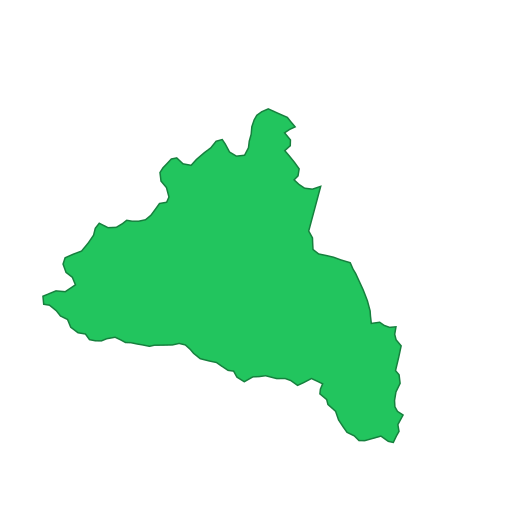 the district of Pontes Gestal, São Paulo, Brazil, rotated 288°
{"feature_id": "56859067B2303319496016", "entity_name": "Pontes Gestal", "entity_type": "district", "adm_level": 2, "iso_a3": "BRA", "parent_name": "Brazil", "parent_adm1": "São Paulo", "projection": "albers", "projection_center": [-49.756, -20.178], "detail": "fine", "context": "isolated", "style": "filled", "palette": "green", "viewbox_px": 512, "rotation_deg": 288, "n_neighbors": 0, "source": "geoboundaries", "source_scale": "gbopen_adm2", "svg_char_len": 2156}
<svg xmlns="http://www.w3.org/2000/svg" viewBox="0 0 512 512"><g transform="rotate(288 256 256)"><path d="M342.2,296.0L337.0,289.0L335.5,281.2L337.4,274.6L340.2,268.7L345.2,271.2L352.2,270.1L356.9,263.7L361.6,256.5L365.1,250.8L371.5,254.5L377.0,252.9L382.0,245.1L386.8,248.9L390.9,253.3L394.5,247.5L397.5,243.0L398.5,233.0L399.7,222.2L395.0,216.9L390.1,213.3L384.9,212.2L377.6,212.1L370.3,213.8L363.2,214.1L356.6,215.4L348.3,214.0L344.9,206.5L346.7,198.7L353.0,192.1L356.3,187.9L352.8,182.6L344.9,179.6L338.4,175.0L329.4,169.5L322.2,166.3L321.1,158.1L324.8,150.3L322.1,145.5L316.1,142.7L311.2,140.3L305.7,138.9L297.9,142.5L293.4,149.7L285.2,155.0L279.5,154.4L276.1,148.0L270.1,146.1L262.3,143.5L256.3,139.7L252.8,133.6L250.8,127.4L250.0,122.0L245.6,119.1L240.1,114.3L237.2,106.5L238.7,96.8L232.7,94.6L225.6,95.1L216.7,92.5L206.8,88.6L201.3,81.7L195.3,75.0L188.7,75.0L181.7,80.4L179.0,87.9L172.8,93.2L163.1,85.6L161.0,76.5L151.9,65.8L144.5,69.0L145.4,74.8L142.2,83.1L138.5,88.6L137.4,96.4L131.0,101.8L128.0,110.4L129.1,117.9L125.0,123.5L125.7,129.3L127.5,135.2L131.2,139.6L135.2,147.1L134.4,153.3L133.4,158.6L134.9,163.8L135.6,170.3L136.4,175.6L137.2,182.6L139.8,187.0L142.2,194.2L145.6,204.0L149.1,209.9L149.6,216.3L146.9,222.3L144.1,226.8L141.1,234.7L141.7,243.8L142.5,251.3L140.6,257.5L138.6,264.8L139.6,270.3L134.9,275.3L132.8,283.7L140.1,290.4L142.3,296.3L145.1,302.1L145.8,313.5L148.5,321.6L148.3,327.6L145.8,335.5L150.1,340.2L156.6,346.6L155.8,353.4L155.0,358.9L149.3,358.4L144.6,359.4L141.3,367.6L137.0,370.3L132.9,379.7L125.6,385.2L120.1,392.1L116.4,397.1L115.3,405.1L112.3,411.0L114.0,416.5L123.3,430.4L120.6,439.1L121.1,444.2L128.5,445.2L133.4,446.2L139.5,443.0L150.2,445.0L151.9,438.6L155.5,434.7L161.4,432.4L170.0,431.1L179.4,432.4L187.2,428.8L190.1,424.1L203.9,423.0L215.4,421.8L219.6,415.1L224.4,412.1L231.9,411.0L229.4,405.1L229.6,399.3L231.2,394.1L227.5,386.5L234.3,383.4L239.0,381.5L247.8,375.8L253.1,371.5L257.0,368.3L263.5,362.3L270.1,356.2L273.5,352.3L278.7,347.7L278.5,337.7L278.8,330.2L278.2,323.0L277.3,314.9L279.8,308.2L285.8,305.9L290.7,304.1L296.0,298.4L342.2,296.0Z" fill="#22c55e" stroke="#15803d" stroke-width="1.5"/></g></svg>